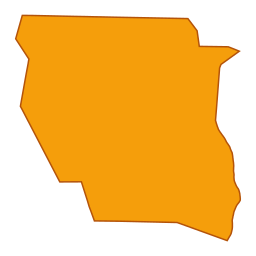 outline of Rosario Vera Peñaloza, La Rioja, Argentina
{"feature_id": "61730980B25026306557945", "entity_name": "Rosario Vera Peñaloza", "entity_type": "district", "adm_level": 2, "iso_a3": "ARG", "parent_name": "Argentina", "parent_adm1": "La Rioja", "projection": "orthographic", "projection_center": [-66.437, -31.455], "detail": "fine", "context": "isolated", "style": "filled", "palette": "amber", "viewbox_px": 256, "rotation_deg": 0, "n_neighbors": 0, "source": "geoboundaries", "source_scale": "gbopen_adm2", "svg_char_len": 1799}
<svg xmlns="http://www.w3.org/2000/svg" viewBox="0 0 256 256"><path d="M183.3,18.5L114.6,17.2L100.9,16.9L94.4,16.8L86.1,16.6L74.7,16.4L32.7,15.5L22.3,15.4L15.7,38.8L28.0,57.7L28.9,59.0L28.4,61.8L28.2,63.2L26.1,74.4L20.4,106.3L22.2,109.6L28.3,121.4L28.5,121.7L31.4,127.3L59.8,181.9L81.4,181.8L87.8,201.9L87.8,202.0L89.2,206.7L90.8,210.9L93.8,219.2L94.0,219.7L94.4,220.9L119.5,221.2L128.9,221.4L142.0,221.7L177.1,222.5L227.2,240.6L228.1,239.0L228.7,237.9L229.4,236.7L230.1,235.6L230.7,234.5L231.2,233.3L231.5,232.1L231.8,230.8L232.1,229.5L232.3,228.2L232.4,227.0L232.4,225.7L232.4,224.4L232.4,223.1L232.3,221.8L232.2,220.5L232.4,219.2L232.7,217.9L232.9,216.6L233.2,215.4L233.5,214.1L233.7,212.8L234.0,211.6L234.5,210.4L235.0,209.2L235.5,208.0L236.0,206.8L236.6,205.6L237.3,204.5L238.1,203.5L238.9,202.5L239.6,201.4L240.2,200.3L240.3,199.0L240.2,197.7L240.1,196.4L239.9,195.1L239.8,193.8L239.5,192.5L239.2,191.3L238.8,190.0L238.3,188.9L237.5,187.8L236.8,186.7L236.2,185.6L235.7,184.4L235.2,183.2L234.7,182.0L234.3,180.8L234.1,179.5L234.0,178.2L233.9,176.9L234.0,175.6L234.0,174.3L233.8,173.0L233.6,171.8L233.5,170.5L233.6,169.2L233.6,167.9L233.7,166.6L233.7,165.3L233.6,164.0L233.5,162.7L233.3,161.4L233.1,160.1L233.0,158.8L232.8,157.5L232.7,156.2L232.5,155.0L232.3,153.7L232.0,152.4L231.4,151.3L230.9,150.1L230.4,148.9L230.0,147.6L229.5,146.4L228.8,145.4L228.1,144.3L227.3,143.2L226.6,142.2L226.0,141.0L225.4,139.8L224.8,138.7L224.1,137.6L223.4,136.6L222.6,135.5L221.8,134.5L221.1,133.4L220.3,132.4L219.6,131.3L218.9,130.2L218.3,129.1L217.9,127.8L217.4,126.6L217.0,125.4L216.6,124.1L216.2,122.9L215.9,121.7L215.5,120.4L216.5,108.1L219.6,67.9L221.0,64.4L239.3,51.2L235.4,49.6L229.8,47.4L228.2,46.8L199.3,46.4L197.1,30.8L187.9,18.6L183.3,18.5Z" fill="#f59e0b" stroke="#b45309" stroke-width="1.5"/></svg>